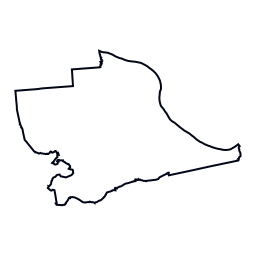 Birzgales pag., Keguma, Latvia (Mercator projection)
{"feature_id": "27541924B47267130606950", "entity_name": "Birzgales pag.", "entity_type": "district", "adm_level": 2, "iso_a3": "LVA", "parent_name": "Latvia", "parent_adm1": "Keguma", "projection": "mercator", "projection_center": [24.79, 56.63], "detail": "fine", "context": "isolated", "style": "outline", "palette": "ink", "viewbox_px": 256, "rotation_deg": 0, "n_neighbors": 0, "source": "geoboundaries", "source_scale": "gbopen_adm2", "svg_char_len": 5374}
<svg xmlns="http://www.w3.org/2000/svg" viewBox="0 0 256 256"><path d="M143.5,64.2L142.4,63.6L140.9,62.9L139.5,62.6L135.0,61.7L131.6,61.4L128.0,60.9L126.1,60.3L124.6,59.8L121.9,58.6L121.4,58.4L120.4,58.3L118.9,57.8L115.3,56.3L113.2,55.0L112.2,54.5L110.6,53.8L109.1,53.4L108.4,52.9L106.7,52.6L102.2,52.1L101.0,51.6L99.2,50.8L99.5,53.3L99.6,53.5L99.8,54.1L99.8,54.4L100.1,54.7L100.1,54.9L100.2,56.0L100.8,57.4L101.0,57.5L100.9,57.6L101.0,57.9L100.9,58.2L100.8,58.3L100.9,58.9L101.2,59.5L101.4,59.5L101.6,59.8L101.8,59.9L102.0,60.1L101.4,60.7L101.1,61.6L100.5,61.9L100.6,62.0L101.0,62.0L101.1,61.9L101.3,61.9L101.2,62.0L101.2,62.8L101.1,63.0L101.6,62.8L101.8,62.9L101.8,63.0L101.7,63.1L101.5,63.4L101.4,63.5L101.2,63.9L101.2,64.0L101.2,64.5L101.3,64.5L101.2,64.7L100.9,65.4L100.5,65.6L100.4,65.9L100.4,66.2L100.1,66.5L100.3,66.7L100.3,66.8L100.4,67.0L100.0,67.3L79.9,68.8L78.8,68.9L71.9,69.4L73.0,86.1L42.1,88.4L37.3,89.1L15.4,90.8L16.3,101.3L16.8,106.0L16.9,109.5L19.9,123.7L19.9,123.9L20.1,123.8L20.2,124.4L22.0,128.2L21.8,128.2L22.2,128.7L22.5,129.4L23.2,133.1L24.7,139.9L25.5,140.7L31.4,148.0L33.3,150.3L33.9,151.2L35.8,152.2L35.7,152.4L36.6,152.5L37.5,152.9L38.5,153.3L38.9,153.6L40.2,153.0L40.4,152.9L41.4,153.4L42.7,153.5L43.9,153.8L44.6,153.8L45.6,154.1L46.5,153.9L46.8,153.7L47.4,153.8L47.5,154.0L48.1,154.0L48.2,153.7L48.7,153.6L49.6,153.0L49.9,152.4L50.0,152.1L50.5,151.6L50.9,151.5L52.1,152.6L52.3,152.7L54.3,151.8L54.8,151.2L55.5,151.0L56.0,151.3L56.7,152.7L57.7,152.7L57.6,153.4L58.3,153.4L58.7,154.8L57.3,154.5L57.3,156.7L57.4,157.1L56.6,157.7L55.4,159.0L55.2,159.3L53.8,161.3L53.5,162.0L52.5,162.4L52.1,163.0L53.9,163.5L54.4,164.4L55.0,164.5L56.4,164.3L57.6,163.7L57.7,162.9L58.4,162.1L57.7,161.8L57.5,161.4L57.1,161.2L57.6,160.1L58.0,160.0L59.0,159.9L59.7,160.3L62.4,160.4L62.5,160.8L62.8,161.0L63.0,160.8L63.1,161.2L63.7,161.5L64.6,162.2L65.1,162.3L65.4,162.7L66.5,163.5L67.5,163.8L67.8,164.1L68.5,164.1L68.7,164.4L70.0,165.9L70.1,166.5L70.1,167.4L69.8,167.6L69.6,167.9L69.3,168.0L68.7,168.8L70.0,169.3L72.2,169.6L72.9,170.2L73.0,171.3L73.2,173.1L71.5,175.1L66.0,177.4L60.7,176.3L59.6,174.5L59.2,174.6L57.2,174.9L56.6,175.3L56.0,176.1L55.0,177.0L54.2,177.2L53.4,177.6L52.5,178.7L52.2,179.8L52.1,180.2L51.9,180.4L52.0,180.6L51.5,181.1L51.4,181.4L51.3,182.0L51.2,182.7L51.1,183.5L50.9,184.3L50.5,184.7L49.2,186.2L48.7,186.1L48.8,186.3L48.7,186.4L47.8,187.8L47.8,188.0L50.1,190.0L51.1,190.6L51.9,190.4L52.5,189.7L54.4,190.1L55.1,193.6L56.2,200.4L56.7,202.9L55.7,203.3L56.6,204.8L62.6,205.2L63.1,204.9L64.7,204.8L65.7,203.6L65.5,203.4L67.9,200.1L68.2,199.6L68.9,198.1L69.1,197.9L70.1,198.1L70.3,197.2L71.2,197.3L72.2,197.0L73.5,197.3L74.7,197.4L76.7,198.4L77.2,198.5L78.4,199.3L79.1,199.6L82.6,202.0L83.0,202.2L84.7,202.5L85.1,202.6L85.4,202.4L86.5,202.3L88.3,202.0L89.1,202.2L89.8,201.6L91.4,202.2L92.4,202.1L94.1,202.6L94.5,202.9L94.5,202.7L97.0,202.0L99.2,200.6L99.9,200.6L101.3,199.8L103.9,197.4L103.9,197.1L104.7,196.5L105.8,194.7L105.7,194.6L107.0,192.4L111.8,191.0L112.2,190.4L113.1,190.2L113.9,190.1L115.4,190.3L114.9,188.4L114.9,188.1L115.2,187.9L116.2,188.4L117.0,188.5L117.3,187.7L118.9,187.0L119.8,186.5L120.2,186.5L120.5,186.5L120.9,186.4L122.3,185.6L123.7,184.6L125.9,183.5L127.3,183.3L128.2,183.1L131.2,182.1L132.8,181.7L133.0,181.7L133.4,181.2L134.5,181.3L135.5,181.1L135.2,179.7L135.3,179.5L135.5,179.6L135.8,179.5L136.2,179.4L136.3,179.5L136.2,179.6L136.4,179.7L136.4,179.8L136.5,179.7L136.8,179.7L136.8,179.8L137.1,179.7L137.1,179.9L137.3,179.9L137.8,180.0L137.9,179.9L137.9,180.0L138.3,180.0L138.4,179.7L138.9,179.7L139.2,179.5L139.9,179.5L140.0,179.7L140.3,179.7L140.4,179.4L140.5,180.1L141.7,180.2L142.7,180.5L143.4,180.8L144.9,180.9L146.0,181.2L146.2,180.9L155.5,179.8L158.3,179.0L159.1,177.8L159.6,177.3L166.5,173.8L166.6,173.7L166.7,173.9L166.9,173.8L167.0,173.7L167.2,173.8L167.4,173.7L167.5,173.7L167.8,173.5L167.8,173.3L167.7,173.1L167.9,173.0L168.0,173.0L167.9,173.1L168.0,173.1L168.1,172.9L168.3,172.9L168.4,172.7L168.5,172.7L168.9,175.3L191.0,170.6L211.4,166.1L238.4,160.5L238.7,159.6L238.9,158.5L238.9,158.4L238.6,158.4L239.0,158.0L239.1,157.7L239.1,157.4L240.6,156.0L240.6,155.9L240.4,153.7L240.5,153.3L240.3,152.9L240.2,152.5L239.8,151.8L239.2,150.3L239.1,150.0L239.2,149.7L239.3,149.1L239.1,148.8L238.8,148.3L238.7,147.8L238.7,147.6L238.8,147.2L239.0,146.9L239.4,146.5L239.7,146.2L238.2,144.3L236.1,145.9L234.3,147.1L232.5,148.1L231.3,148.9L230.1,149.4L228.7,149.7L227.2,149.9L225.7,150.0L222.8,149.8L221.4,149.4L218.3,148.9L215.2,148.1L211.7,147.0L210.0,146.2L208.8,145.9L207.8,145.5L207.2,145.3L205.1,144.4L203.9,143.8L202.1,142.7L200.2,141.9L199.1,141.2L198.5,140.8L197.3,140.0L197.0,139.7L196.1,139.1L193.5,136.7L192.6,136.1L192.2,135.8L191.8,135.5L189.2,133.3L187.2,132.3L186.9,132.0L184.7,130.8L181.5,128.4L179.4,126.8L178.9,126.3L177.1,124.9L176.8,124.6L175.1,123.1L172.3,121.4L170.5,119.9L169.8,119.1L169.8,118.9L169.4,118.4L168.0,116.0L167.4,114.8L166.4,113.2L165.0,111.4L163.5,109.0L161.9,107.1L161.1,106.2L160.9,105.7L160.5,104.8L159.9,102.4L159.5,100.1L159.4,98.4L159.4,97.1L159.6,95.6L159.6,95.4L159.7,94.5L159.7,93.9L159.7,93.4L159.9,92.2L160.0,91.6L160.0,91.4L160.1,91.1L160.6,90.2L160.6,89.7L160.9,89.1L161.0,88.6L161.0,88.0L160.9,85.1L160.8,84.5L160.0,80.9L159.1,78.7L157.7,76.1L155.6,73.2L153.7,71.3L152.8,70.5L151.4,69.4L149.3,67.9L146.9,66.0L143.5,64.2Z" fill="none" stroke="#020617" stroke-width="2"/></svg>